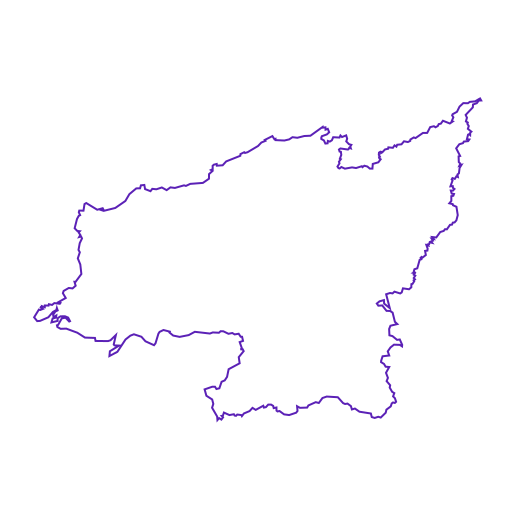 the district of Bago, Bago, Myanmar, rotated 92°
{"feature_id": "60261553B52408869304596", "entity_name": "Bago", "entity_type": "district", "adm_level": 2, "iso_a3": "MMR", "parent_name": "Myanmar", "parent_adm1": "Bago", "projection": "orthographic", "projection_center": [96.537, 17.659], "detail": "fine", "context": "isolated", "style": "outline", "palette": "violet", "viewbox_px": 512, "rotation_deg": 92, "n_neighbors": 0, "source": "geoboundaries", "source_scale": "gbopen_adm2", "svg_char_len": 6032}
<svg xmlns="http://www.w3.org/2000/svg" viewBox="0 0 512 512"><g transform="rotate(92 256 256)"><path d="M396.8,110.9L393.3,112.2L391.5,114.1L388.2,113.0L387.0,115.2L382.8,117.8L380.5,117.4L376.5,121.1L373.2,119.9L368.2,122.0L362.3,119.0L362.1,122.6L359.4,124.3L357.7,127.3L356.5,127.3L351.8,126.0L350.8,119.4L346.7,121.0L342.7,118.4L339.8,115.0L339.8,109.1L341.2,106.9L339.7,106.8L334.4,109.4L334.9,112.1L331.3,116.8L330.6,119.9L324.3,120.4L321.0,119.2L319.1,112.4L316.9,114.9L307.8,117.5L306.2,120.2L306.3,123.6L301.0,128.1L301.4,132.0L299.3,133.6L297.0,131.0L295.6,126.6L299.1,126.3L303.4,120.5L289.7,124.6L288.3,120.8L288.6,118.2L286.8,116.4L288.4,110.6L287.3,109.1L283.2,108.0L283.9,101.9L281.9,99.7L278.7,99.7L278.4,98.6L275.7,97.0L274.8,97.6L273.8,96.3L272.5,97.6L270.1,96.1L269.2,97.7L267.7,96.7L267.4,98.3L266.6,97.0L265.9,97.8L263.7,97.2L262.7,94.4L254.1,92.3L253.5,90.7L252.0,91.4L251.2,90.5L252.0,89.8L249.1,86.3L245.0,87.2L244.6,84.9L242.7,84.7L239.1,86.1L239.6,84.1L238.4,84.6L238.2,83.4L236.2,82.9L236.7,80.5L235.4,81.6L234.5,79.7L232.5,81.1L232.8,79.0L230.9,80.5L231.2,76.5L225.6,72.7L224.4,69.3L222.6,68.0L222.7,66.2L218.1,63.2L217.8,61.2L215.8,60.5L215.5,58.7L213.4,57.0L208.1,55.8L199.8,57.4L198.4,60.9L197.3,61.2L196.6,64.6L194.1,62.7L189.4,62.9L188.9,60.9L187.1,60.3L186.8,62.6L183.8,63.6L183.8,61.5L182.1,60.0L181.1,61.5L179.3,61.8L179.6,64.1L173.7,62.2L172.6,63.1L171.3,62.4L172.0,60.0L169.4,58.5L170.0,57.0L167.5,57.5L166.3,56.1L160.9,55.6L157.9,53.9L158.7,55.9L156.6,55.0L155.1,56.6L149.4,57.0L148.9,55.5L141.4,59.7L137.2,56.7L136.0,53.1L134.4,52.3L133.8,48.0L132.1,46.9L131.9,49.3L127.3,48.3L126.8,47.3L127.7,46.2L125.2,46.2L124.2,45.1L121.5,48.7L118.7,47.9L116.5,49.4L115.2,49.0L114.2,50.9L110.4,50.0L107.7,51.4L99.9,44.5L97.0,44.4L95.6,40.7L92.9,38.8L92.7,36.4L90.7,37.6L93.8,42.4L94.5,47.7L95.9,49.5L96.0,54.2L99.6,57.8L104.9,60.2L107.4,64.4L108.6,64.9L110.5,63.6L114.4,65.1L114.7,64.1L116.8,66.9L114.3,73.9L117.3,75.9L117.8,78.0L119.7,78.8L121.1,81.1L120.1,82.7L121.1,86.4L127.0,89.2L127.2,93.5L132.6,100.7L132.0,102.4L134.2,105.8L135.6,105.9L136.8,108.2L136.2,112.1L139.3,114.5L139.9,118.8L141.8,119.5L140.6,121.4L143.1,123.0L142.8,127.5L144.2,127.7L145.0,130.8L148.0,133.4L148.6,134.4L147.6,134.2L147.4,135.3L148.4,136.7L150.6,136.8L152.5,135.6L153.0,136.5L154.2,136.1L155.0,134.8L158.1,137.0L159.9,142.5L164.6,142.7L164.7,145.3L162.7,147.8L162.0,150.9L163.5,152.7L162.6,153.4L164.6,159.1L164.1,163.1L165.6,170.2L164.1,173.8L165.6,175.5L165.3,176.6L163.8,177.7L160.5,175.8L158.9,176.4L156.3,174.6L155.9,175.6L152.0,174.3L148.9,174.8L148.7,176.1L146.7,176.8L145.6,175.4L146.4,167.8L145.1,166.5L144.3,167.3L145.1,165.0L143.4,165.6L141.6,164.6L141.0,167.0L138.3,169.8L135.6,169.0L132.3,170.1L134.1,174.2L132.6,175.8L134.7,176.7L134.6,183.0L137.7,184.2L139.1,186.2L138.5,188.2L140.9,188.4L141.2,190.6L138.1,192.2L136.8,194.8L135.6,194.9L134.0,194.4L132.0,189.4L129.8,187.2L126.4,188.7L127.3,190.9L125.0,191.1L125.4,193.6L124.6,193.8L133.9,205.8L134.4,211.9L136.4,218.8L136.0,223.7L138.3,226.9L139.6,231.7L139.5,240.5L138.2,240.6L138.6,241.7L135.6,243.8L139.7,251.3L140.6,250.6L142.4,254.6L146.0,257.8L152.6,268.1L153.4,270.6L152.7,271.4L154.7,275.1L156.4,275.2L162.5,289.1L166.5,292.5L167.1,298.3L165.4,298.5L166.2,301.3L167.4,302.5L170.7,302.3L171.6,304.0L172.5,302.4L175.8,305.8L180.4,305.7L184.8,311.6L186.2,324.2L188.4,328.5L187.9,330.4L190.8,339.4L190.4,343.9L193.3,347.6L190.8,352.5L192.8,357.9L192.5,362.0L194.9,363.7L193.0,369.2L188.9,370.1L189.4,373.5L192.4,374.2L192.6,378.0L198.6,384.7L205.6,388.5L212.9,398.3L216.2,409.8L215.7,411.5L215.1,410.0L213.6,410.9L215.3,416.3L209.0,427.5L210.1,429.2L216.7,430.0L216.8,434.2L218.5,434.6L221.3,433.2L222.1,434.6L225.3,436.2L234.6,438.2L237.2,435.5L237.4,433.0L238.6,434.1L241.1,432.3L243.2,433.4L242.6,431.5L244.5,430.5L249.3,432.6L256.1,433.6L258.4,432.2L264.6,434.0L270.6,431.3L280.1,429.9L288.1,435.4L288.1,436.5L292.0,435.2L294.8,438.2L294.5,442.0L297.6,447.0L299.9,447.7L304.6,444.7L308.9,451.7L309.7,449.8L310.6,450.4L310.1,455.9L312.0,458.1L311.4,461.3L312.8,461.6L312.8,465.3L314.5,465.3L313.6,468.1L314.8,467.8L314.5,470.1L316.3,467.1L317.5,469.8L317.1,471.1L325.0,475.6L328.7,472.4L328.4,469.6L324.5,461.4L319.0,457.0L316.9,453.6L314.9,453.2L317.3,452.3L318.5,454.6L321.9,456.7L324.1,456.2L322.4,453.5L324.5,453.7L325.6,457.1L329.5,458.1L327.8,452.0L325.2,452.1L323.1,449.3L322.9,444.8L324.1,441.6L327.6,439.6L328.0,440.4L324.3,444.2L325.1,447.9L331.8,451.4L332.2,452.5L333.9,452.0L335.6,448.7L335.2,443.1L338.9,431.9L343.5,424.1L343.5,414.1L346.5,413.4L346.2,400.9L345.3,398.5L339.9,393.3L349.4,395.1L350.3,394.3L350.3,389.7L356.3,398.7L361.1,399.0L356.6,391.2L344.0,383.5L340.0,378.8L338.5,375.3L340.7,367.7L345.1,363.5L348.7,354.8L346.8,353.4L337.0,350.8L335.2,349.7L333.2,345.9L334.6,339.5L335.5,339.8L338.4,336.0L339.5,329.5L337.4,320.5L333.9,314.5L335.1,299.4L333.9,296.5L334.0,290.4L332.4,288.7L332.4,286.0L334.7,280.8L333.8,277.0L335.1,274.6L334.3,270.6L337.2,268.5L337.2,267.1L341.3,266.0L342.6,269.3L349.0,266.8L349.9,268.3L349.7,266.0L351.5,265.0L357.7,269.7L363.8,268.6L370.1,279.4L377.8,280.7L381.4,282.9L382.9,286.0L389.5,288.0L390.3,290.9L388.1,292.4L388.2,295.2L391.1,302.7L397.4,300.7L400.9,294.8L405.3,293.5L409.2,294.6L417.8,289.2L421.3,288.8L419.3,287.2L420.7,284.9L418.4,283.3L417.0,284.7L416.7,283.5L413.6,282.6L415.9,277.0L414.9,272.6L416.2,271.8L416.4,270.4L415.1,269.2L415.5,265.0L416.5,264.5L413.8,262.6L411.2,257.0L407.9,254.2L409.8,250.9L405.4,243.5L407.2,242.8L406.7,240.8L404.1,238.6L404.0,235.7L405.2,233.6L407.4,233.0L406.7,230.3L409.8,230.1L410.6,229.1L410.1,227.1L413.3,222.4L413.8,217.3L411.2,210.4L409.4,209.1L404.7,209.7L406.2,206.8L405.7,199.6L403.5,198.4L400.0,191.2L400.7,188.1L395.6,184.6L394.0,180.4L394.3,169.3L400.0,163.8L400.8,161.8L400.3,159.4L402.7,155.9L406.0,154.8L405.0,151.8L408.0,147.2L409.4,135.7L412.9,134.7L413.7,131.7L412.4,128.2L413.1,125.7L408.1,120.9L405.0,120.3L401.6,116.1L398.6,115.2L397.6,114.0L398.0,112.1L396.8,110.9Z" fill="none" stroke="#5b21b6" stroke-width="2"/></g></svg>